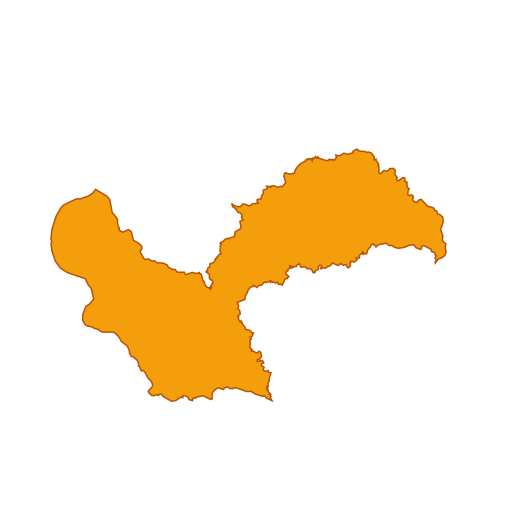 the district of Rusizi, Western, Rwanda, rotated 332°
{"feature_id": "39286606B89224673348511", "entity_name": "Rusizi", "entity_type": "district", "adm_level": 2, "iso_a3": "RWA", "parent_name": "Rwanda", "parent_adm1": "Western", "projection": "orthographic", "projection_center": [29.077, -2.558], "detail": "fine", "context": "isolated", "style": "filled", "palette": "amber", "viewbox_px": 512, "rotation_deg": 332, "n_neighbors": 0, "source": "geoboundaries", "source_scale": "gbopen_adm2", "svg_char_len": 6138}
<svg xmlns="http://www.w3.org/2000/svg" viewBox="0 0 512 512"><g transform="rotate(332 256 256)"><path d="M422.9,268.6L421.9,266.8L422.1,265.3L424.0,261.4L422.4,259.9L424.0,257.1L422.6,255.8L417.0,256.3L416.1,255.5L416.0,254.5L417.5,252.9L417.0,249.0L419.2,245.5L418.4,243.1L415.1,241.6L413.5,242.5L411.0,242.3L408.9,240.5L405.1,241.8L403.9,241.4L403.9,239.5L406.4,235.1L406.1,233.9L407.5,232.7L406.8,227.6L407.5,226.9L405.6,226.5L406.8,224.1L406.4,219.5L404.0,216.9L402.6,216.6L401.0,214.7L397.9,212.9L396.2,211.4L395.2,208.9L390.8,209.1L389.8,210.4L384.4,209.2L381.9,206.5L377.7,206.8L375.6,206.2L374.0,204.4L373.2,206.7L370.2,208.2L368.6,206.4L367.3,206.5L366.2,204.9L364.7,205.5L362.5,204.5L357.1,198.8L357.3,197.5L355.7,198.2L355.3,196.1L353.2,197.3L352.4,196.2L350.3,198.2L350.6,196.2L348.9,195.2L348.2,195.6L347.2,194.2L346.1,195.0L344.6,194.5L344.2,195.5L339.0,195.2L335.2,196.5L331.5,198.2L328.5,201.0L327.3,200.2L325.8,200.4L322.1,197.8L321.6,196.5L320.2,196.3L318.1,198.6L316.6,205.2L311.8,207.2L310.7,206.1L307.9,205.8L304.6,202.3L302.2,201.3L301.4,202.3L299.3,199.8L298.4,200.5L298.0,199.9L298.0,201.4L297.3,201.9L293.4,201.2L291.8,204.2L288.9,205.7L287.6,207.9L283.7,206.7L282.6,208.2L282.7,210.5L277.3,208.1L275.5,208.9L272.8,208.0L271.7,206.2L268.8,203.8L265.2,205.1L262.5,203.5L260.0,200.7L259.2,198.1L258.6,201.4L260.5,205.7L260.5,208.9L262.6,210.9L262.7,213.7L261.3,215.0L261.7,217.8L258.0,217.9L256.3,223.7L254.2,224.8L249.1,224.8L245.8,228.8L241.8,227.8L240.5,228.2L239.2,227.0L236.3,226.8L233.2,227.8L231.3,227.4L230.1,228.3L231.0,229.3L228.9,230.5L228.3,232.5L226.7,234.1L226.2,237.7L224.5,237.2L222.8,238.3L221.5,238.2L220.3,239.7L218.8,239.3L217.0,241.3L215.3,241.9L211.8,241.2L209.8,243.9L207.9,243.9L206.6,245.6L205.4,245.9L205.4,246.7L204.5,246.7L206.2,250.3L204.5,253.6L204.5,255.1L205.9,256.9L205.4,259.2L204.2,259.7L204.0,260.8L201.9,261.1L202.0,262.6L200.9,262.3L201.1,263.5L200.0,264.0L199.9,262.5L198.1,260.8L197.4,257.0L198.3,254.5L197.7,252.5L198.9,247.4L198.7,245.3L197.5,244.8L198.0,244.0L195.2,243.5L192.1,240.6L185.5,239.6L184.8,238.4L185.1,236.7L179.0,233.4L178.1,229.8L176.1,228.7L173.9,225.9L173.2,224.1L173.5,222.6L171.1,219.0L165.4,215.5L164.1,212.5L162.0,211.9L159.6,208.1L156.6,207.1L155.8,205.5L155.7,197.7L158.6,196.0L159.7,193.6L158.8,190.7L155.1,184.4L157.3,176.1L155.8,172.8L149.7,172.5L147.4,169.3L148.5,166.6L148.3,163.9L151.0,158.5L149.5,149.8L153.2,137.9L153.1,136.0L152.4,133.2L145.7,121.9L141.3,123.8L136.3,124.4L127.5,123.1L125.6,121.7L122.4,121.1L110.0,120.7L105.8,122.1L98.2,127.0L88.5,136.5L82.9,144.7L82.3,147.8L80.9,148.6L78.2,155.6L76.4,166.5L77.6,174.9L81.8,182.3L94.6,195.8L94.3,203.0L95.3,207.4L92.4,217.9L86.0,220.3L81.9,220.8L75.9,226.1L72.8,231.2L72.8,235.9L74.0,238.5L78.4,242.0L79.1,244.0L81.2,245.4L84.3,250.8L93.4,255.7L95.3,257.5L97.0,263.3L97.0,268.2L100.1,275.0L99.8,279.9L98.7,282.3L98.7,286.1L100.5,288.0L102.2,292.4L101.6,296.5L100.6,298.0L101.4,299.2L100.7,302.4L101.0,303.6L102.2,303.8L103.4,306.0L103.3,313.6L104.4,316.2L104.6,319.3L104.2,321.4L103.0,322.7L97.4,324.7L97.1,326.4L98.5,330.2L100.1,331.4L102.9,331.7L104.3,333.3L105.7,332.8L107.7,333.5L108.0,336.3L113.2,344.6L117.3,346.0L123.1,345.4L125.0,346.7L125.6,345.1L127.5,345.8L129.7,348.6L129.4,351.3L132.1,353.9L133.1,352.4L134.7,352.1L135.8,353.1L137.0,352.7L143.5,354.4L148.7,361.5L150.3,361.5L152.1,357.6L154.5,355.6L158.7,354.6L160.6,354.5L164.5,358.6L166.6,357.6L169.7,358.5L170.8,361.0L173.8,362.4L175.8,362.2L184.2,371.3L188.2,373.3L190.3,377.2L196.2,383.2L198.1,383.6L198.6,386.4L202.2,391.3L202.2,387.6L203.3,387.1L202.7,384.4L204.0,384.9L202.9,380.2L203.6,380.2L203.9,379.1L203.0,378.5L203.9,377.7L203.5,377.1L204.3,376.5L204.7,377.4L205.5,377.0L206.9,373.8L208.5,373.1L210.5,369.9L214.4,366.1L212.9,365.2L212.4,364.1L213.1,363.1L210.0,362.2L209.0,360.5L209.0,359.5L210.9,358.2L209.4,354.9L210.2,353.7L212.7,354.0L212.7,351.3L207.4,349.8L208.4,348.3L209.9,348.3L210.4,349.0L213.9,347.2L214.9,343.1L213.8,341.4L212.4,342.1L210.7,341.6L209.0,338.8L207.5,337.6L206.7,338.1L208.5,336.6L207.6,333.6L209.9,330.7L210.8,327.8L212.7,327.3L212.5,324.9L213.5,325.5L215.1,324.9L217.6,322.6L216.1,321.7L216.2,319.5L212.2,315.5L212.9,313.6L211.9,308.5L212.5,308.2L211.9,307.2L212.3,306.2L210.9,306.5L210.9,303.4L212.2,301.5L211.6,300.5L215.0,299.7L216.0,296.3L215.2,294.1L216.9,292.4L217.9,288.1L225.8,289.2L227.9,286.1L231.6,284.0L232.1,283.0L236.7,280.8L239.0,281.6L240.2,280.7L242.0,284.3L244.4,283.4L247.1,284.3L251.2,283.0L252.2,284.2L253.5,284.0L254.9,284.9L256.9,284.5L256.6,286.1L257.6,285.6L258.3,287.0L259.5,287.1L260.4,289.1L262.8,289.4L262.5,291.7L264.4,292.4L265.5,294.1L270.9,289.9L273.3,290.7L274.3,289.6L275.4,289.5L273.9,285.5L275.5,283.8L277.3,284.1L277.9,282.8L280.6,282.9L281.2,280.5L282.0,280.7L282.2,283.5L283.4,283.5L283.9,282.8L286.4,284.2L288.2,283.2L290.8,283.3L290.5,287.0L294.8,288.8L295.0,291.2L297.1,291.9L298.7,294.0L298.7,297.8L300.4,298.2L301.1,297.1L305.0,296.9L305.8,295.0L308.3,293.9L309.3,295.9L307.2,297.2L307.5,298.0L309.2,297.8L311.8,299.4L314.8,298.9L315.7,299.5L318.4,299.0L320.1,297.9L323.5,302.4L324.7,303.1L327.0,302.2L328.9,305.2L331.4,305.7L331.4,309.2L332.4,309.9L334.9,309.0L334.8,307.2L336.4,306.5L336.8,305.1L338.7,306.0L339.6,307.5L341.6,307.4L343.6,306.7L343.6,304.4L346.1,306.3L347.1,305.5L347.0,304.3L349.8,303.2L351.2,304.7L352.1,302.5L352.9,305.1L354.8,306.0L357.5,303.0L361.2,301.7L363.1,300.1L364.9,300.1L364.9,301.3L366.4,302.7L366.2,304.4L367.7,303.7L370.5,303.9L376.9,305.8L378.6,309.5L380.4,309.9L382.8,313.8L385.4,316.1L391.0,318.0L396.8,318.5L400.8,320.5L401.1,323.8L404.4,327.5L405.7,327.1L406.3,325.5L409.0,325.3L413.7,332.4L413.0,334.5L415.4,336.8L414.9,339.0L415.4,340.2L413.1,341.8L413.2,344.5L411.6,345.2L411.1,346.4L415.6,344.2L418.5,344.8L422.8,344.3L425.5,342.1L427.1,337.3L429.3,334.4L427.7,330.1L430.5,325.6L431.4,319.3L437.2,313.9L439.2,309.2L437.6,305.6L435.9,304.0L436.7,301.1L435.0,299.5L435.7,297.4L430.8,292.3L428.4,283.5L426.5,283.0L422.8,284.3L420.8,281.5L420.7,279.5L422.6,278.0L422.6,275.8L422.1,275.0L419.9,274.8L418.8,272.9L421.0,269.8L422.9,268.6Z" fill="#f59e0b" stroke="#b45309" stroke-width="1.5"/></g></svg>